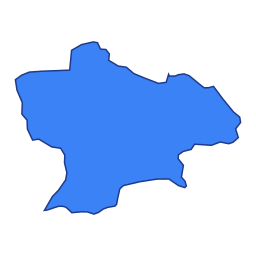 Kembé, Basse-Kotto, Central African Republic (Albers equal-area conic projection)
{"feature_id": "33826404B30338372331060", "entity_name": "Kembé", "entity_type": "district", "adm_level": 2, "iso_a3": "CAF", "parent_name": "Central African Republic", "parent_adm1": "Basse-Kotto", "projection": "albers", "projection_center": [21.614, 4.522], "detail": "fine", "context": "isolated", "style": "filled", "palette": "blue", "viewbox_px": 256, "rotation_deg": 0, "n_neighbors": 0, "source": "geoboundaries", "source_scale": "gbopen_adm2", "svg_char_len": 1207}
<svg xmlns="http://www.w3.org/2000/svg" viewBox="0 0 256 256"><path d="M168.6,74.3L166.2,82.3L158.5,83.4L145.2,78.3L133.8,73.6L126.3,67.2L118.1,66.0L108.7,60.3L109.3,53.9L105.9,49.5L100.5,49.1L97.5,42.7L93.4,41.9L81.5,44.6L71.6,50.3L69.7,70.1L68.0,70.2L52.9,70.8L42.3,71.2L29.3,72.1L21.6,75.2L15.4,79.7L17.0,90.2L22.3,102.6L21.9,114.1L27.1,120.2L27.4,129.0L32.6,140.1L38.7,139.1L51.7,146.9L60.7,148.3L64.8,155.1L64.5,162.7L66.9,172.8L65.6,180.0L58.4,190.4L52.5,196.4L44.4,210.4L46.7,210.1L49.1,209.4L51.8,208.5L55.0,207.4L56.7,206.9L58.7,206.3L61.1,206.2L63.6,206.5L65.6,207.1L67.2,208.3L71.8,212.7L81.3,211.8L87.3,211.9L94.0,214.1L98.5,212.4L103.3,209.0L108.0,207.3L115.0,206.1L116.6,204.3L117.7,198.2L119.8,188.9L123.3,185.6L139.4,181.8L156.8,179.1L168.9,179.0L178.5,185.6L184.8,187.6L186.4,186.0L184.9,181.0L181.4,177.2L183.4,165.3L178.2,158.8L178.4,154.8L183.3,151.4L191.2,149.4L194.6,144.2L205.4,144.9L211.4,145.3L220.2,142.0L228.8,143.7L233.0,142.3L238.3,137.6L235.6,128.9L240.6,122.4L239.7,117.1L233.4,111.9L222.7,98.8L213.5,86.4L208.6,87.7L204.1,87.8L199.6,84.3L193.5,79.2L189.0,75.6L184.0,73.9L178.4,74.7L175.3,76.0L169.4,76.1L168.6,74.3Z" fill="#3b82f6" stroke="#1e3a8a" stroke-width="1.5"/></svg>